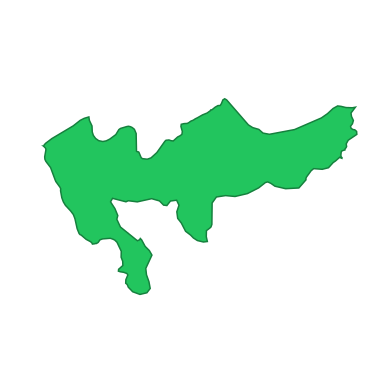 the Province of Ardebil, rotated 279°
{"feature_id": "IRN-3230", "entity_name": "Ardebil", "entity_type": "Province", "adm_level": 1, "iso_a3": "IRN", "parent_name": "Iran", "parent_adm1": "", "projection": "mercator", "projection_center": [47.857, 38.431], "detail": "fine", "context": "isolated", "style": "filled", "palette": "green", "viewbox_px": 384, "rotation_deg": 279, "n_neighbors": 0, "source": "natural_earth", "source_scale": "10m", "svg_char_len": 2841}
<svg xmlns="http://www.w3.org/2000/svg" viewBox="0 0 384 384"><g transform="rotate(279 192 192)"><path d="M214.0,38.2L214.0,38.3L215.3,38.6L217.2,39.8L222.9,45.3L238.8,64.4L245.3,70.4L247.9,74.0L250.0,78.4L249.0,78.7L246.6,79.5L241.6,82.9L235.7,84.1L232.5,85.7L229.8,88.4L228.1,91.8L227.9,96.0L229.1,99.3L231.4,102.5L236.8,107.8L242.2,110.0L243.6,111.4L246.5,117.5L247.0,119.0L246.9,120.7L246.5,122.4L245.7,124.0L244.9,125.3L241.0,127.7L223.6,130.8L223.2,131.6L223.3,132.5L223.0,133.3L218.0,136.4L217.2,137.8L217.4,142.7L219.3,146.2L225.4,151.1L237.9,157.3L239.1,158.3L239.3,159.3L239.8,161.1L239.4,163.4L239.5,165.5L244.1,169.2L245.6,171.3L247.3,173.0L250.2,173.0L255.0,170.8L257.2,170.8L258.3,173.4L259.0,176.6L260.2,178.2L261.7,179.6L263.2,182.1L264.8,183.8L266.2,185.8L268.6,188.8L269.8,190.3L272.4,194.6L275.4,197.6L275.9,197.6L276.4,198.9L279.4,201.6L281.4,204.1L281.9,206.4L284.2,207.3L287.8,208.1L289.2,209.7L288.4,211.8L267.1,237.2L265.1,241.9L264.3,248.2L261.3,252.9L261.1,259.4L269.7,283.5L285.4,308.2L290.6,313.6L296.6,318.3L299.8,322.4L299.9,325.8L299.5,330.9L300.3,337.2L301.3,340.1L294.9,336.7L291.6,337.7L287.9,340.2L284.5,339.8L281.8,338.3L280.0,339.0L278.9,341.0L278.9,343.0L277.6,345.1L274.7,345.8L267.6,338.2L263.7,336.8L261.0,337.6L259.7,337.1L258.4,336.4L257.5,336.5L256.2,333.8L254.8,333.1L251.6,333.3L250.2,333.7L249.4,334.8L248.7,334.8L249.1,333.0L249.4,332.4L245.1,328.9L243.1,326.8L237.3,323.0L234.8,317.1L234.1,308.5L231.6,306.3L224.6,302.7L222.5,302.3L221.9,302.7L212.7,296.9L209.9,283.9L210.7,273.0L212.9,268.5L213.8,265.2L212.8,263.0L206.5,257.2L199.1,247.0L194.3,235.2L193.7,225.7L190.9,216.9L184.3,213.6L163.1,216.7L160.4,216.2L159.1,215.2L156.1,212.3L150.1,213.1L145.5,214.9L144.4,211.1L144.9,204.9L146.8,200.6L149.2,197.4L152.2,191.8L159.7,186.3L163.7,182.0L170.1,180.1L176.9,181.2L181.5,178.1L179.7,172.1L174.7,169.3L174.6,166.0L178.1,161.3L179.1,153.2L173.7,139.5L173.4,130.4L172.0,128.3L173.3,114.5L169.5,113.1L163.5,118.5L157.1,122.4L153.3,122.0L146.2,126.8L135.3,145.7L136.6,147.7L138.0,148.2L136.9,149.7L131.0,154.2L127.4,159.1L123.4,162.3L109.3,158.3L103.1,160.0L96.7,163.5L90.2,165.8L85.4,163.2L82.7,156.6L84.2,149.0L88.0,144.0L90.5,142.5L91.5,140.8L95.0,140.4L100.0,141.6L101.3,140.5L102.0,137.1L102.0,133.6L102.3,131.7L104.2,131.6L108.6,135.2L112.7,134.4L116.5,132.2L122.4,131.4L130.6,125.8L132.5,123.1L133.1,120.9L133.5,118.5L131.7,111.1L130.4,108.6L127.5,107.2L126.2,105.7L126.0,104.5L125.7,104.2L125.0,101.8L125.6,101.5L126.6,100.3L127.1,99.4L128.7,94.8L132.1,89.3L132.4,88.1L133.3,87.0L137.8,84.3L147.2,80.6L148.3,80.0L151.2,78.3L154.3,75.1L159.0,69.1L162.1,66.5L166.0,64.3L172.6,62.0L174.7,61.8L176.0,60.9L181.0,55.9L182.6,54.9L194.0,48.5L198.0,44.3L199.5,42.8L201.3,41.6L203.6,41.0L210.8,41.1L211.9,40.8L212.9,39.9L214.0,38.2Z" fill="#22c55e" stroke="#15803d" stroke-width="1.5"/></g></svg>